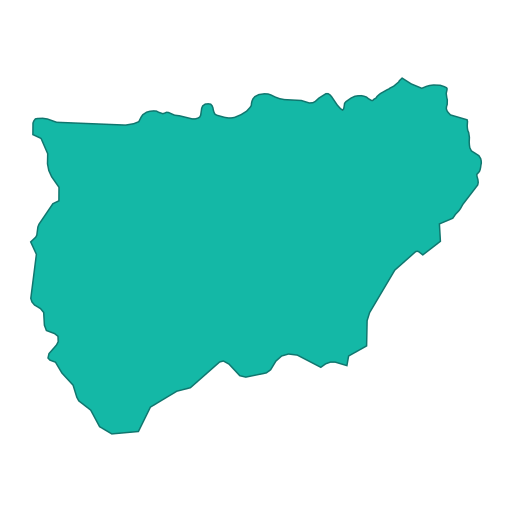 map outline of Jaén (Mercator projection)
{"feature_id": "ESP-5826", "entity_name": "Jaén", "entity_type": "Autonomous Community", "adm_level": 1, "iso_a3": "ESP", "parent_name": "Spain", "parent_adm1": "", "projection": "mercator", "projection_center": [-3.264, 37.956], "detail": "fine", "context": "isolated", "style": "filled", "palette": "teal", "viewbox_px": 512, "rotation_deg": 0, "n_neighbors": 0, "source": "natural_earth", "source_scale": "10m", "svg_char_len": 2700}
<svg xmlns="http://www.w3.org/2000/svg" viewBox="0 0 512 512"><path d="M452.8,218.2L439.4,223.9L440.4,241.3L422.8,254.9L419.0,251.9L417.8,251.3L415.8,251.5L394.8,270.1L369.6,312.6L367.1,320.6L366.6,345.9L348.6,356.0L346.9,365.6L335.2,362.1L330.4,362.1L325.7,363.8L320.8,367.3L297.3,355.1L288.5,354.0L281.6,356.0L275.9,361.1L270.6,369.8L266.3,372.9L245.8,377.1L239.8,375.7L229.0,364.1L223.4,361.0L219.6,362.0L190.4,387.7L176.8,391.2L150.4,407.1L138.4,431.5L111.8,433.9L99.6,426.7L90.7,410.1L78.8,400.9L76.8,397.2L73.1,385.2L61.9,373.0L55.5,362.2L49.9,360.1L48.0,358.0L49.0,353.6L56.5,345.0L58.2,341.7L58.0,336.3L54.6,333.6L46.4,330.5L44.4,325.2L43.7,312.5L40.5,308.6L34.5,305.0L32.0,302.0L30.8,298.4L36.4,254.3L30.7,241.9L35.7,237.2L36.8,235.2L37.9,227.0L39.0,224.2L52.9,203.7L58.9,200.8L59.0,187.3L51.6,176.7L48.8,170.5L47.5,163.8L47.7,153.7L41.2,138.7L40.6,138.2L32.9,134.6L33.0,123.1L33.8,121.0L35.4,118.9L37.6,118.5L42.7,118.3L47.4,119.0L56.7,122.3L125.6,125.1L133.8,123.7L138.8,121.7L141.2,117.0L142.8,114.7L146.6,112.2L149.8,111.3L153.7,110.9L156.4,111.1L158.7,112.3L162.8,113.7L164.8,113.1L166.5,112.3L168.5,112.5L174.6,115.2L179.5,115.8L192.2,118.9L195.3,118.9L198.0,118.1L199.8,117.0L200.7,115.1L201.7,108.2L202.7,105.9L205.2,104.1L208.3,103.8L210.7,104.2L212.1,105.8L212.9,107.8L213.3,110.0L213.9,112.1L214.9,114.1L216.7,115.2L224.7,117.4L228.7,118.0L231.7,117.9L234.6,117.4L241.0,114.7L246.6,111.2L250.1,107.4L251.3,105.5L251.5,103.3L252.0,101.1L253.0,98.8L254.9,96.6L258.8,94.6L264.4,93.8L268.1,94.0L271.0,95.0L275.3,97.1L279.7,98.7L284.4,99.6L301.3,100.5L309.4,103.0L312.9,102.7L315.2,101.5L318.9,98.1L325.9,93.7L328.1,93.7L330.0,94.9L331.6,96.7L337.2,105.0L340.5,108.7L342.6,110.1L343.5,109.1L344.0,107.4L344.6,103.3L346.0,101.6L351.0,98.1L354.8,96.3L357.9,95.8L361.4,95.7L363.9,96.2L366.5,97.1L368.3,98.6L371.1,100.3L372.2,100.6L373.1,100.2L373.6,99.5L374.3,99.0L375.6,98.3L376.0,98.0L376.5,97.4L376.9,96.6L379.1,94.6L380.5,93.5L387.4,89.6L388.7,89.1L389.6,88.4L389.8,88.2L393.7,86.2L398.7,82.0L399.3,80.8L402.1,78.1L411.2,83.9L421.8,88.3L426.4,86.4L429.6,85.5L433.6,85.0L440.3,85.3L444.4,86.7L446.4,87.7L446.9,88.2L447.0,88.4L447.0,88.7L447.0,89.7L446.2,93.4L446.8,97.8L447.3,99.9L447.2,104.4L446.5,106.6L446.3,108.7L447.0,110.8L448.0,112.3L450.4,114.9L467.1,119.8L467.5,121.5L467.2,125.9L467.4,128.3L467.8,130.6L468.7,132.7L469.4,137.4L469.2,142.2L469.4,145.0L469.8,147.8L471.4,150.9L478.9,155.7L480.7,158.7L481.2,161.0L481.3,163.1L480.9,165.1L480.6,167.4L480.2,169.3L479.6,171.1L478.6,172.5L477.6,173.5L476.8,174.4L476.9,176.0L477.9,179.7L478.2,182.5L477.7,185.0L462.8,204.4L460.5,208.5L459.0,210.6L455.5,214.3L452.8,218.2Z" fill="#14b8a6" stroke="#0f766e" stroke-width="1.5"/></svg>